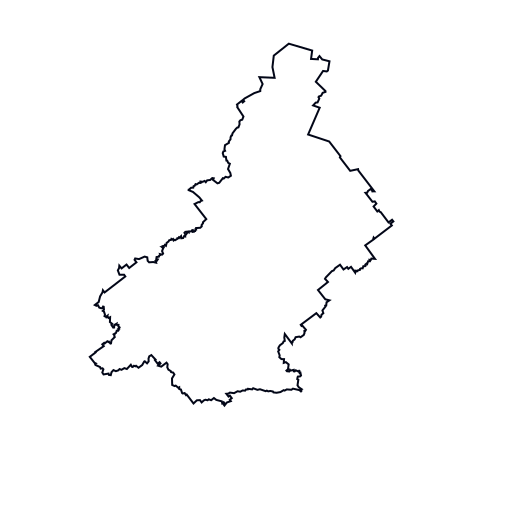 Warrumbungle, New South Wales, Australia (orthographic projection), rotated 44°
{"feature_id": "25037944B19485668266020", "entity_name": "Warrumbungle", "entity_type": "district", "adm_level": 2, "iso_a3": "AUS", "parent_name": "Australia", "parent_adm1": "New South Wales", "projection": "orthographic", "projection_center": [149.548, -31.455], "detail": "fine", "context": "isolated", "style": "outline", "palette": "ink", "viewbox_px": 512, "rotation_deg": 44, "n_neighbors": 0, "source": "geoboundaries", "source_scale": "gbopen_adm2", "svg_char_len": 6133}
<svg xmlns="http://www.w3.org/2000/svg" viewBox="0 0 512 512"><g transform="rotate(44 256 256)"><path d="M181.5,218.8L179.1,220.2L179.0,222.7L178.1,223.0L178.7,228.9L177.8,230.5L172.2,231.1L171.6,229.5L170.4,230.3L170.2,233.2L168.3,235.5L168.6,237.8L166.9,237.7L166.1,239.7L164.6,240.8L165.3,241.2L164.7,241.9L165.1,242.2L164.1,243.1L163.6,245.8L162.6,246.3L163.1,248.1L162.6,249.1L163.4,250.4L161.9,252.0L161.7,254.9L161.0,255.7L166.2,253.7L174.5,253.2L178.6,253.7L178.0,254.9L178.2,256.4L177.1,257.3L175.7,261.3L194.6,264.0L194.4,268.6L195.1,269.2L195.4,271.6L196.4,272.4L196.3,274.4L193.5,277.5L194.5,278.5L193.9,278.9L194.9,280.3L194.2,281.2L194.5,281.6L193.8,282.5L192.5,281.3L192.1,281.9L192.5,283.1L190.7,284.9L191.3,285.7L190.3,285.9L190.5,287.5L189.4,286.5L188.4,287.7L188.4,289.0L190.0,289.5L191.5,291.1L190.5,291.6L191.1,293.7L190.0,295.1L188.3,293.8L188.3,295.6L187.6,295.9L188.1,296.8L187.1,297.8L187.5,298.3L186.8,300.9L185.8,301.2L185.8,302.0L184.5,301.4L184.2,302.4L183.3,302.5L183.7,303.4L182.6,305.0L183.0,306.4L182.6,308.6L184.1,311.2L182.8,311.4L183.1,312.1L182.1,313.6L183.2,313.9L182.2,314.9L183.8,314.8L185.0,317.7L187.5,318.8L187.5,320.2L185.8,321.2L186.6,321.5L186.1,323.0L186.6,323.9L185.2,325.8L186.4,327.5L187.7,326.7L188.0,328.4L187.2,329.3L188.8,330.2L186.3,331.7L183.5,334.8L181.4,334.7L178.7,332.5L176.3,333.8L174.0,339.5L170.8,341.7L171.3,343.1L174.4,343.6L173.1,352.7L168.8,352.1L167.9,358.3L164.4,357.9L165.9,359.8L166.6,362.3L170.8,364.3L174.1,361.1L176.2,361.5L172.4,387.4L169.7,387.0L170.8,388.7L171.9,393.3L174.8,398.4L174.1,403.2L175.8,402.7L176.6,401.2L179.1,402.0L181.0,401.1L181.6,400.4L181.1,398.6L181.7,398.3L183.9,400.2L183.9,401.9L185.3,401.6L188.1,403.1L188.8,404.5L190.2,404.1L190.6,402.2L191.4,403.7L192.3,402.7L193.1,402.9L193.6,401.4L196.8,405.0L199.7,404.7L199.8,406.0L203.0,406.7L203.6,406.0L202.0,404.1L202.7,401.7L203.2,402.6L204.9,401.1L205.7,402.1L207.3,402.1L207.2,402.9L208.1,403.3L207.6,404.3L208.6,404.6L208.8,405.5L207.7,406.5L208.7,408.5L208.0,411.1L209.0,411.0L209.4,411.9L210.7,412.4L210.6,417.0L212.4,419.6L212.1,420.1L209.7,419.8L209.6,420.4L208.3,420.6L207.9,424.1L207.1,424.0L206.8,426.3L209.1,426.6L207.1,436.7L207.6,436.8L206.5,444.0L214.0,445.0L215.3,444.6L215.1,445.4L216.2,445.9L221.0,444.2L222.5,444.9L223.6,443.4L224.9,443.5L226.4,446.6L228.6,447.1L231.6,443.0L232.8,443.7L234.3,442.6L232.8,440.0L232.7,437.1L235.2,436.2L236.4,433.9L236.4,432.1L238.3,431.3L239.2,428.1L241.6,427.0L241.5,421.2L243.7,421.9L244.4,421.5L244.4,419.8L245.9,419.1L246.0,418.3L249.1,418.0L249.9,413.5L248.9,409.6L249.1,409.0L252.2,408.9L252.0,406.4L249.9,404.4L248.9,402.3L249.5,400.0L255.7,400.3L255.6,401.1L260.1,401.8L260.4,399.4L261.9,399.6L261.8,402.9L264.7,401.4L265.7,394.9L267.6,395.2L269.5,397.7L271.9,398.6L274.7,398.0L275.6,398.5L277.4,397.4L279.6,397.9L280.6,402.4L285.3,407.0L287.8,406.1L288.3,405.0L291.7,404.8L292.0,403.8L293.3,405.0L294.8,404.2L298.0,405.9L298.8,405.8L300.3,403.5L300.2,404.3L302.3,404.7L302.4,403.8L313.5,405.5L313.7,400.9L315.8,398.6L318.6,399.1L318.8,396.0L319.5,394.5L321.4,393.4L321.6,391.9L323.9,390.9L324.4,387.4L327.4,387.1L332.4,384.3L334.0,385.4L334.3,383.6L336.2,383.9L336.0,385.3L337.2,385.5L336.8,381.6L338.7,377.9L337.0,377.6L337.3,375.1L334.2,374.6L333.9,376.2L330.4,375.7L331.7,374.2L332.1,372.4L335.5,369.9L336.7,366.1L338.9,364.6L339.8,362.0L341.7,360.4L341.5,359.0L342.8,357.6L342.5,357.1L345.9,354.6L345.8,353.1L350.0,351.3L351.4,349.1L356.9,346.5L357.3,345.3L358.8,344.9L360.0,343.2L362.3,341.7L363.3,342.0L365.8,340.1L368.1,336.9L369.1,333.3L370.1,332.9L370.8,330.6L374.4,327.6L374.7,325.8L380.4,322.3L382.4,322.2L382.4,321.5L381.2,320.9L381.4,320.1L378.0,320.7L375.7,320.2L372.4,315.6L371.2,315.9L370.1,314.3L369.9,313.6L371.3,312.1L371.4,310.7L369.0,309.1L368.7,309.9L367.3,309.2L366.8,307.8L366.6,309.7L364.0,310.6L364.0,312.2L363.3,312.7L362.2,311.7L360.5,314.4L359.5,314.3L360.1,316.0L358.3,317.4L357.5,317.3L357.7,315.3L354.8,311.3L351.2,311.6L350.2,313.6L347.8,310.7L345.9,312.5L343.1,312.6L342.0,311.0L338.2,309.2L338.0,307.3L336.5,307.2L335.8,306.3L335.2,303.7L335.8,300.1L335.2,298.3L335.7,297.1L333.0,295.0L330.9,292.1L342.5,294.0L341.6,293.1L342.1,292.6L341.4,291.5L341.7,289.1L340.9,286.9L343.1,283.9L344.5,283.5L345.2,279.6L344.4,277.7L342.9,276.3L343.5,275.8L343.2,274.4L337.7,273.9L337.4,274.7L336.0,274.4L339.1,255.2L344.9,255.6L345.0,254.4L343.9,252.7L344.2,250.4L341.6,249.0L341.1,244.0L340.3,243.6L340.8,242.7L338.9,240.3L339.6,236.9L335.9,239.0L324.2,237.4L325.8,224.7L321.5,224.5L321.1,222.9L321.1,214.2L321.9,212.4L321.4,209.7L322.5,203.9L328.3,204.9L329.2,200.7L331.3,201.1L331.9,197.8L338.9,199.1L337.9,197.6L338.8,197.5L338.8,196.6L339.4,196.4L339.1,195.9L340.4,193.8L339.8,193.0L340.2,191.8L341.3,190.8L340.3,188.8L341.5,187.6L341.6,186.7L340.6,186.2L340.8,184.4L341.5,184.4L340.3,182.0L341.5,180.7L340.3,179.9L341.3,179.2L340.8,177.7L343.6,175.4L327.2,172.5L329.1,162.2L328.3,162.0L327.8,161.0L329.2,161.2L332.5,139.7L330.3,139.4L330.8,135.7L328.7,135.4L328.0,139.8L315.3,137.8L314.1,138.3L312.5,137.7L312.3,139.7L306.2,138.7L306.2,134.7L303.5,134.2L302.1,136.1L290.9,134.5L292.0,133.2L291.4,131.5L291.9,128.4L293.9,128.1L294.8,128.7L296.2,127.3L270.1,123.4L269.1,122.6L264.6,129.3L247.8,126.8L247.4,125.5L229.1,122.8L209.1,132.4L198.8,105.1L192.5,108.0L192.4,104.2L193.6,102.8L192.2,98.8L190.7,98.4L190.4,97.7L191.5,95.4L190.6,92.3L192.0,89.7L191.4,89.1L178.0,89.1L175.7,76.3L178.7,74.1L178.9,72.6L173.6,64.9L167.1,68.6L162.8,68.1L163.0,70.4L163.9,71.5L158.7,76.0L153.7,69.2L132.1,80.5L129.6,99.5L136.6,108.7L145.6,114.9L134.2,125.0L141.3,127.7L143.2,133.0L144.5,134.4L141.6,140.0L138.4,150.5L138.2,152.7L140.0,152.9L139.8,154.8L137.9,154.5L137.1,160.3L138.6,161.0L139.0,161.9L150.1,164.4L151.4,167.5L150.5,169.1L150.6,170.8L152.7,172.7L154.0,175.7L153.3,176.6L153.2,178.5L153.9,184.1L155.0,185.9L154.6,186.5L155.2,188.2L156.6,189.8L156.9,192.5L157.9,193.4L156.7,197.8L159.2,201.2L160.7,201.8L159.9,203.5L160.6,205.1L163.7,206.9L165.5,205.6L168.4,207.9L169.1,207.4L171.2,208.3L173.1,207.8L175.5,212.9L179.8,214.1L182.2,215.7L181.5,218.8Z" fill="none" stroke="#020617" stroke-width="2"/></g></svg>